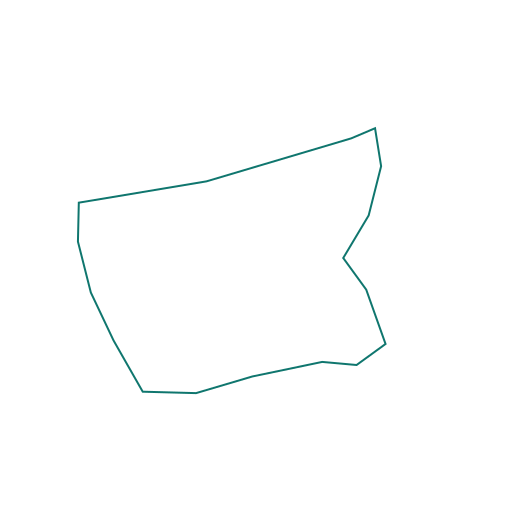 the state/province of North East, rotated 324°
{"feature_id": "SGP-4874", "entity_name": "North East", "entity_type": "state/province", "adm_level": 1, "iso_a3": "SGP", "parent_name": "Singapore", "parent_adm1": "", "projection": "mercator", "projection_center": [103.929, 1.383], "detail": "fine", "context": "isolated", "style": "outline", "palette": "teal", "viewbox_px": 512, "rotation_deg": 324, "n_neighbors": 0, "source": "natural_earth", "source_scale": "10m", "svg_char_len": 380}
<svg xmlns="http://www.w3.org/2000/svg" viewBox="0 0 512 512"><g transform="rotate(324 256 256)"><path d="M144.0,108.7L259.8,166.5L402.2,216.8L427.4,222.6L410.0,256.9L371.0,289.4L325.4,308.9L325.4,348.0L309.1,403.3L273.3,403.3L247.3,380.6L182.2,351.3L126.9,331.7L84.6,299.2L91.1,240.6L100.9,188.5L120.4,139.7L144.0,108.7Z" fill="none" stroke="#0f766e" stroke-width="2"/></g></svg>